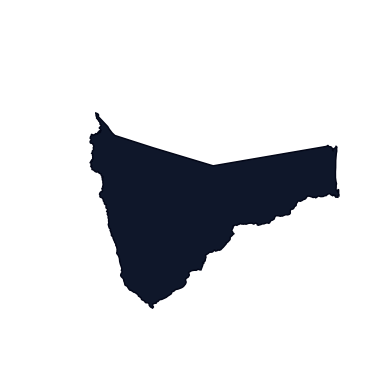 Cheringoma, Sofala, Mozambique, rotated 304°
{"feature_id": "85939544B41216917110496", "entity_name": "Cheringoma", "entity_type": "district", "adm_level": 2, "iso_a3": "MOZ", "parent_name": "Mozambique", "parent_adm1": "Sofala", "projection": "orthographic", "projection_center": [35.177, -18.487], "detail": "fine", "context": "isolated", "style": "filled", "palette": "ink", "viewbox_px": 384, "rotation_deg": 304, "n_neighbors": 0, "source": "geoboundaries", "source_scale": "gbopen_adm2", "svg_char_len": 5944}
<svg xmlns="http://www.w3.org/2000/svg" viewBox="0 0 384 384"><g transform="rotate(304 192 192)"><path d="M118.2,140.8L116.0,143.4L115.8,143.9L115.9,144.6L115.7,145.1L114.4,145.6L114.0,146.2L113.8,147.1L113.4,147.1L113.1,147.8L112.7,147.9L112.3,149.0L111.3,149.1L111.0,149.4L110.4,151.7L109.9,152.3L109.3,152.7L108.7,153.9L108.1,154.5L108.0,155.1L107.1,156.1L106.3,158.0L105.3,158.5L104.4,160.2L102.5,162.1L101.4,162.7L100.9,163.1L99.3,163.7L98.7,164.8L98.4,165.9L97.6,167.4L96.2,169.1L94.0,170.9L92.2,172.9L89.6,176.4L89.0,176.8L87.5,177.3L86.9,178.6L86.4,178.9L85.9,179.0L85.3,178.8L83.8,179.1L82.9,179.6L82.3,180.6L81.9,182.9L81.4,184.1L80.1,185.3L79.3,186.5L77.6,188.3L77.4,188.7L77.6,191.0L76.3,193.8L75.9,195.3L76.4,196.7L76.4,199.8L77.0,201.5L76.7,202.4L76.8,204.0L76.7,204.5L75.8,205.9L75.9,206.8L75.8,208.9L75.0,209.9L74.7,210.5L75.1,213.6L74.5,214.7L74.4,215.6L75.6,217.7L75.6,218.1L75.3,218.9L74.2,219.9L73.8,220.8L73.5,222.0L73.7,223.5L73.6,224.1L74.0,224.3L75.1,224.3L75.4,223.9L75.6,223.1L76.1,222.7L76.9,222.3L77.7,222.4L78.4,222.9L79.8,224.4L80.2,224.4L80.6,224.0L81.0,224.1L82.3,225.0L84.5,225.3L86.1,227.0L90.2,229.5L92.4,230.2L95.6,231.6L96.4,231.7L97.1,231.3L97.9,231.3L100.0,232.5L101.9,232.9L103.9,234.8L106.9,236.9L108.2,237.5L109.4,237.8L112.0,238.0L113.6,237.7L114.3,237.2L115.2,236.0L116.4,235.4L117.3,235.5L119.3,236.4L121.3,236.3L122.2,235.7L123.0,234.4L123.3,234.3L123.8,234.4L125.9,235.3L126.8,235.9L128.4,237.6L129.4,239.2L129.8,239.5L131.1,240.1L131.6,240.9L131.8,241.9L132.4,243.0L137.0,241.9L138.5,241.2L138.8,241.2L139.2,241.6L139.6,241.6L140.1,241.3L140.0,240.6L141.5,241.3L142.4,241.3L144.3,240.4L145.6,240.1L147.1,238.6L147.7,238.7L149.9,239.7L151.6,240.1L152.0,240.4L153.3,242.1L154.0,242.6L156.3,242.9L156.6,243.5L156.2,244.0L156.2,244.5L157.4,245.6L158.6,246.0L158.8,247.0L160.2,248.1L162.0,248.4L163.8,248.8L168.2,249.3L168.8,249.2L169.2,248.8L169.7,249.3L170.4,249.6L173.6,250.1L174.1,250.0L175.8,249.0L176.3,249.0L178.4,249.6L179.6,249.7L180.8,250.1L181.0,249.6L180.9,248.8L181.6,248.0L181.9,246.9L182.1,246.7L183.2,246.2L185.3,246.0L186.2,245.6L186.9,245.1L187.3,245.1L187.7,245.8L188.7,246.2L189.0,246.5L189.5,247.9L190.9,248.4L191.5,249.1L192.8,249.4L193.0,250.7L193.6,251.5L193.9,252.4L195.0,253.6L195.6,254.9L197.8,256.5L199.5,258.8L199.8,259.7L199.8,260.8L200.1,261.2L201.8,262.0L202.2,264.0L201.5,264.3L201.3,264.5L201.5,265.5L203.7,267.4L204.6,267.8L205.9,269.5L207.8,270.8L208.7,272.0L209.0,273.1L209.7,273.5L212.4,273.4L213.8,274.5L215.5,275.2L217.9,274.6L218.9,274.7L219.4,275.1L220.5,276.6L221.3,278.8L222.0,279.4L222.6,280.4L225.2,282.0L226.2,283.3L226.7,284.3L227.4,284.6L227.7,285.0L228.2,285.3L229.5,285.3L230.9,284.2L232.5,283.7L233.4,284.0L233.9,284.8L234.7,285.3L235.7,285.4L237.4,285.1L238.4,285.7L239.1,285.8L240.6,285.0L243.6,285.0L244.0,285.2L244.3,285.5L244.9,287.0L246.5,288.0L247.7,288.4L249.3,289.6L250.1,289.9L252.7,289.9L253.3,290.2L254.2,291.6L255.0,294.3L255.1,295.2L255.3,295.6L256.3,296.5L256.4,297.8L257.1,298.2L258.7,298.7L259.5,299.1L260.1,301.2L261.5,303.1L262.0,303.5L263.2,304.1L264.0,305.2L265.0,305.2L265.5,305.7L266.1,305.7L267.5,306.8L267.7,307.7L267.4,308.5L267.6,310.7L268.1,310.9L268.8,310.7L268.9,311.0L268.6,312.0L269.0,312.2L269.2,312.8L268.5,313.3L268.1,313.9L269.2,315.9L269.6,315.8L269.9,315.3L270.8,314.8L271.3,315.0L271.2,315.8L271.8,315.5L272.7,314.4L275.3,312.7L275.8,312.2L275.7,311.9L275.1,312.1L274.4,312.5L273.6,312.6L273.7,312.3L274.5,311.4L274.4,310.2L274.5,309.9L276.0,309.2L278.3,307.7L279.6,307.2L281.4,305.3L284.1,302.9L289.1,299.5L292.6,297.4L298.5,293.5L304.4,290.2L306.9,289.1L308.7,287.7L310.1,287.1L310.5,286.3L310.4,285.9L309.4,286.1L308.6,286.0L306.9,285.2L306.4,285.2L305.6,285.7L305.1,285.8L305.2,285.3L306.2,284.8L307.0,282.8L306.9,282.3L307.1,281.9L306.1,279.7L306.2,279.3L306.6,278.9L306.4,278.5L306.1,278.3L305.3,278.3L225.6,195.0L225.3,194.2L206.9,135.0L195.7,96.4L196.3,92.7L197.8,88.2L199.1,85.5L202.0,72.6L202.7,71.6L203.5,71.6L204.0,70.7L204.0,69.5L203.7,68.1L203.0,68.5L202.7,69.3L201.6,69.8L200.8,71.1L199.9,71.6L199.7,72.7L199.4,73.3L199.4,74.0L198.7,74.9L198.6,76.1L198.1,76.7L197.8,77.4L196.9,77.7L196.9,78.6L196.6,79.1L196.2,79.5L195.4,79.6L193.4,79.3L193.1,79.6L193.0,81.1L192.1,82.1L191.8,82.0L190.9,81.0L190.6,81.1L190.5,81.7L190.9,82.4L190.4,82.6L190.0,82.6L189.1,81.8L189.0,81.4L189.2,80.8L188.7,80.7L187.6,81.3L187.3,81.3L186.9,80.8L187.0,80.3L186.6,79.6L185.5,79.4L184.7,78.7L183.9,78.6L183.7,78.3L183.8,77.2L183.6,76.6L183.0,76.6L182.3,77.2L181.7,76.9L181.3,76.9L180.7,77.2L180.1,77.3L179.6,77.6L179.3,78.8L178.8,79.4L178.1,79.5L177.6,79.2L176.9,79.3L176.0,80.1L175.9,80.7L176.7,82.6L176.0,83.3L175.8,83.9L175.2,85.0L173.5,85.4L172.9,86.0L171.7,86.9L170.4,86.5L169.0,87.2L167.9,87.2L167.8,87.8L168.0,88.2L167.7,88.7L166.7,89.1L166.2,89.8L164.4,90.8L164.4,91.2L164.1,91.4L163.4,91.5L162.7,91.0L162.1,91.1L161.7,91.7L161.5,91.2L161.1,91.0L160.3,91.3L159.7,91.1L159.4,91.2L159.6,91.8L158.7,93.1L158.3,93.0L157.9,93.2L157.7,93.5L157.9,93.8L157.8,94.1L157.5,94.2L156.7,93.8L156.6,94.0L156.6,94.5L156.1,95.1L156.0,95.8L154.8,96.5L154.8,96.8L155.2,97.7L154.8,100.6L155.1,101.1L155.3,102.1L156.2,102.4L156.5,102.8L155.8,104.0L155.9,105.7L156.1,106.6L155.6,106.9L154.7,108.2L155.0,109.2L154.9,109.8L154.5,109.9L153.4,109.5L153.2,110.5L152.0,110.8L151.4,112.1L150.3,112.5L150.0,113.1L149.2,113.5L148.8,114.1L148.1,114.3L148.1,114.7L146.7,114.8L146.0,115.6L145.6,115.8L144.7,115.3L144.3,115.9L143.5,116.4L143.0,117.1L142.1,117.3L141.3,116.5L140.3,116.2L138.9,116.4L138.2,116.8L137.9,117.5L137.9,117.9L136.9,118.1L136.5,118.7L136.9,120.9L136.8,121.3L136.4,121.9L136.2,122.8L135.1,123.4L134.5,125.2L133.9,125.4L133.2,126.2L133.1,127.1L133.2,127.5L133.6,128.0L132.1,128.7L130.8,129.6L130.7,131.3L130.4,131.6L129.8,132.0L128.1,132.2L128.0,132.6L128.2,133.5L128.1,133.9L126.3,134.1L125.2,136.1L123.7,136.9L122.9,138.1L121.2,139.1L120.3,140.1L118.2,140.8Z" fill="#0f172a" stroke="#020617" stroke-width="1.5"/></g></svg>